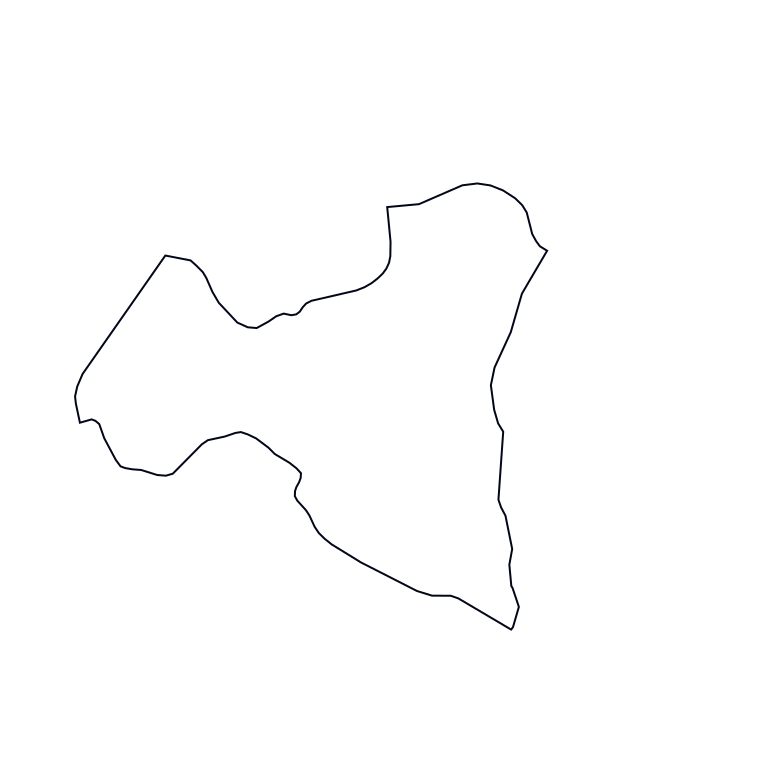 SVG path tracing the border of Giurgiu, rotated 308°
{"feature_id": "ROU-131", "entity_name": "Giurgiu", "entity_type": "County", "adm_level": 1, "iso_a3": "ROU", "parent_name": "Romania", "parent_adm1": "", "projection": "natural_earth1", "projection_center": [25.897, 44.142], "detail": "fine", "context": "isolated", "style": "outline", "palette": "ink", "viewbox_px": 768, "rotation_deg": 308, "n_neighbors": 0, "source": "natural_earth", "source_scale": "10m", "svg_char_len": 1462}
<svg xmlns="http://www.w3.org/2000/svg" viewBox="0 0 768 768"><g transform="rotate(308 384 384)"><path d="M550.2,435.7L540.0,437.1L502.9,452.0L465.0,461.0L448.8,469.0L431.5,486.7L423.2,498.2L419.8,507.3L363.3,545.4L358.8,552.3L355.0,560.8L332.9,586.6L318.8,594.0L303.2,608.7L302.4,610.9L291.4,627.5L271.9,635.3L268.8,635.4L268.7,635.1L260.8,574.5L258.2,566.9L246.8,552.2L241.2,537.5L229.2,475.7L225.4,441.5L225.5,432.5L226.4,424.5L228.8,417.2L234.4,406.3L236.5,400.2L238.7,387.5L240.7,382.8L244.9,379.8L248.9,378.4L254.2,377.6L258.6,376.2L262.6,373.5L263.7,366.8L263.7,357.8L261.6,341.0L262.7,332.2L262.4,316.7L260.4,307.6L258.0,300.8L253.9,297.0L244.6,290.9L231.3,279.8L224.4,277.6L183.3,272.8L177.5,268.6L172.7,261.4L166.7,245.5L161.9,238.3L158.5,232.0L156.9,227.1L159.1,219.3L169.0,197.0L177.1,184.3L177.3,179.3L176.1,175.4L166.3,168.2L178.9,153.2L184.0,148.2L193.2,143.8L206.4,140.3L350.6,132.6L362.3,155.5L361.8,162.9L360.6,172.4L358.1,178.8L350.9,192.2L346.3,203.8L342.1,230.6L344.8,241.7L349.7,249.2L362.2,254.6L371.1,257.4L377.7,261.6L381.2,268.7L384.9,272.0L389.2,273.1L394.4,272.7L399.5,273.1L404.9,275.6L440.7,304.6L448.4,309.1L455.8,312.1L463.3,314.0L470.3,315.0L476.5,314.8L482.7,313.3L488.6,310.3L500.1,301.6L525.4,277.6L547.2,300.8L588.8,323.4L599.5,334.1L606.0,345.6L609.8,358.5L611.1,373.0L610.0,382.9L607.0,390.9L593.4,408.5L590.2,416.0L588.5,422.1L589.4,430.2L589.4,430.5L550.2,435.7Z" fill="none" stroke="#020617" stroke-width="2"/></g></svg>